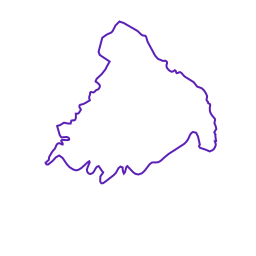 map outline of Sylhet (Equal Earth projection), rotated 41°
{"feature_id": "BGD-2488", "entity_name": "Sylhet", "entity_type": "Division", "adm_level": 1, "iso_a3": "BGD", "parent_name": "Bangladesh", "parent_adm1": "", "projection": "equal_earth", "projection_center": [91.663, 24.595], "detail": "fine", "context": "isolated", "style": "outline", "palette": "violet", "viewbox_px": 256, "rotation_deg": 41, "n_neighbors": 0, "source": "natural_earth", "source_scale": "10m", "svg_char_len": 3139}
<svg xmlns="http://www.w3.org/2000/svg" viewBox="0 0 256 256"><g transform="rotate(41 128 128)"><path d="M172.4,134.9L171.3,136.0L169.8,137.2L168.6,138.6L168.1,141.2L168.6,149.3L168.2,153.1L166.3,156.3L163.8,157.7L160.9,158.0L152.5,157.2L152.4,158.7L154.7,163.3L154.8,165.1L152.9,164.2L150.7,162.3L149.8,161.3L147.6,162.1L147.2,164.5L148.3,169.8L148.2,172.5L146.0,183.8L145.3,186.2L144.1,187.2L142.0,186.5L139.0,182.8L138.8,181.6L138.6,178.6L138.3,177.7L137.3,177.7L130.9,176.0L129.9,177.8L130.2,180.3L130.8,183.0L130.9,185.3L129.8,187.4L128.0,188.2L126.1,187.8L124.3,186.5L123.4,184.4L121.6,179.0L120.6,178.5L120.1,180.1L119.1,188.6L118.3,191.4L117.3,193.3L115.9,194.4L113.6,195.3L109.5,195.9L105.8,195.5L98.2,193.5L94.1,193.9L92.8,197.4L92.7,202.5L91.7,207.9L90.5,208.9L89.4,208.7L88.6,208.3L88.7,207.5L89.0,205.2L89.1,204.1L88.5,203.0L87.6,201.8L87.1,199.6L87.0,198.7L86.6,197.2L86.5,196.3L86.3,193.9L86.4,192.2L86.2,191.1L85.9,189.9L85.2,187.9L85.1,186.7L85.3,185.7L85.6,185.1L86.0,184.7L86.3,184.4L86.7,184.3L88.9,183.7L89.2,183.6L89.5,183.3L89.3,183.0L88.8,182.5L86.4,181.7L85.9,181.4L85.9,180.7L86.1,180.2L86.5,179.8L89.2,177.8L90.6,176.5L91.0,176.0L91.1,175.5L91.0,175.1L90.5,174.6L89.7,174.4L88.6,174.6L87.8,175.0L87.2,175.4L83.9,178.8L81.4,178.3L73.2,173.0L74.0,171.5L74.8,170.5L76.2,166.0L79.6,164.1L81.8,162.3L80.4,159.6L81.5,158.1L82.2,157.9L82.7,156.7L82.5,155.7L82.0,154.6L81.4,153.8L79.2,151.4L80.9,149.9L81.0,148.3L80.8,147.6L80.5,145.2L79.3,144.5L78.2,144.4L77.4,143.9L76.6,142.7L76.6,142.2L76.7,141.7L77.0,141.4L77.7,140.5L78.6,139.1L79.6,136.6L81.0,132.1L79.2,131.0L78.7,130.4L78.1,129.6L77.6,128.1L76.3,126.2L76.3,125.3L76.8,124.8L77.9,124.4L78.6,123.8L78.9,123.1L79.0,122.3L79.0,121.5L79.1,120.6L79.4,119.8L79.8,119.1L80.1,118.4L80.2,117.3L79.8,115.7L79.2,114.7L78.2,114.1L75.1,113.9L74.3,114.0L73.8,114.2L73.3,114.2L72.8,113.9L72.1,111.5L72.8,104.6L72.5,98.6L71.8,95.9L70.5,89.9L58.7,91.4L55.8,89.8L49.4,76.8L50.5,72.0L51.4,69.7L52.4,67.8L52.8,66.5L52.8,64.7L51.3,58.9L51.7,53.2L52.5,53.0L55.7,51.6L71.6,48.5L77.1,48.8L78.3,48.5L80.5,47.1L81.5,47.1L86.3,50.1L101.0,55.6L104.9,56.1L105.9,56.0L107.9,55.2L108.9,55.0L110.1,54.6L111.8,53.0L112.6,52.5L114.3,52.7L115.1,53.7L115.7,55.2L117.3,56.8L119.0,57.3L121.6,57.5L123.9,57.0L124.9,55.8L125.4,53.7L126.5,53.6L127.8,54.4L128.7,54.7L129.4,54.0L130.0,52.4L130.6,51.7L132.1,51.4L136.9,52.0L147.6,50.3L153.1,51.4L155.0,50.6L157.6,49.6L160.8,49.8L164.0,50.7L166.7,52.0L167.4,52.8L168.4,54.7L169.0,55.4L169.8,55.7L171.2,55.8L171.9,56.4L172.4,56.7L173.8,56.2L174.6,56.4L175.2,57.1L176.7,59.4L178.1,60.9L179.3,61.9L180.7,62.6L182.4,63.2L187.6,64.1L188.4,64.8L190.0,67.6L192.8,69.0L195.3,70.8L195.7,73.3L195.9,74.6L196.7,74.9L198.4,75.6L198.4,76.0L201.6,78.9L201.6,79.0L202.6,79.5L203.0,80.1L202.2,81.1L204.6,82.4L205.5,83.5L206.3,85.6L206.6,87.9L206.3,89.4L205.0,92.1L201.4,93.2L195.3,95.7L194.4,95.5L193.6,95.1L193.2,94.4L193.1,93.4L186.3,88.4L182.5,86.9L179.6,88.4L179.1,90.6L179.5,93.0L180.8,97.2L180.8,97.3L181.0,99.4L181.0,101.5L180.7,103.6L175.7,120.9L174.8,126.1L174.3,130.6L173.8,132.7L172.8,134.6L172.4,134.9Z" fill="none" stroke="#5b21b6" stroke-width="2"/></g></svg>